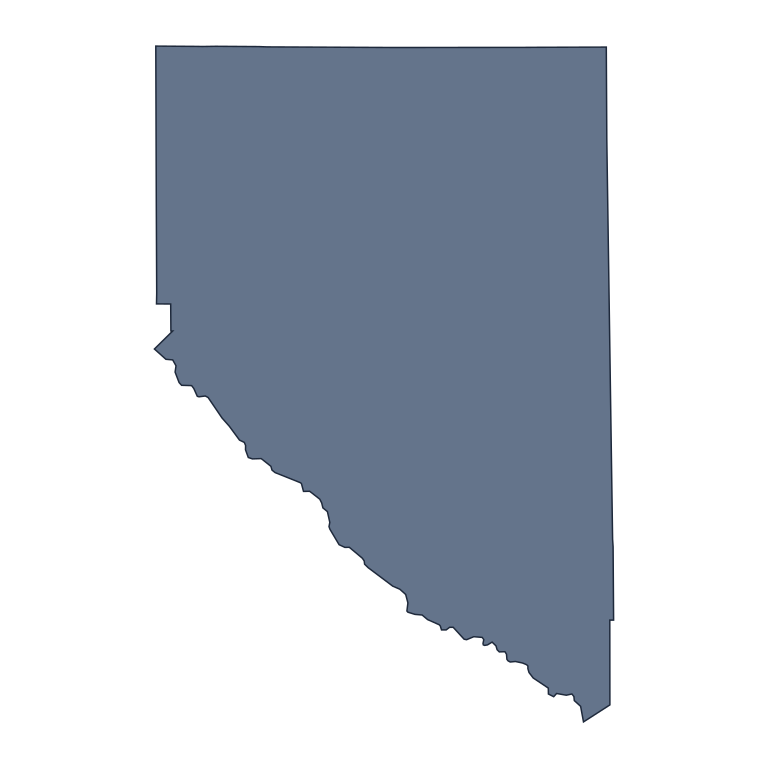 Hudspeth, Texas, United States of America
{"feature_id": "52423323B39607492205238", "entity_name": "Hudspeth", "entity_type": "district", "adm_level": 2, "iso_a3": "USA", "parent_name": "United States of America", "parent_adm1": "Texas", "projection": "albers", "projection_center": [-105.436, 31.316], "detail": "fine", "context": "isolated", "style": "filled", "palette": "slate", "viewbox_px": 768, "rotation_deg": 0, "n_neighbors": 0, "source": "geoboundaries", "source_scale": "gbopen_adm2", "svg_char_len": 1613}
<svg xmlns="http://www.w3.org/2000/svg" viewBox="0 0 768 768"><path d="M609.9,704.9L609.8,620.1L613.6,620.1L613.1,546.8L612.6,539.3L606.8,139.2L606.3,47.1L540.1,47.3L539.4,47.3L523.0,47.4L517.4,47.4L516.8,47.4L510.4,47.4L509.5,47.4L508.0,47.4L409.3,47.5L394.0,47.5L393.4,47.5L393.1,47.5L267.0,46.9L259.0,46.6L215.8,46.3L202.4,46.5L196.4,46.4L155.8,46.1L156.3,204.8L156.7,293.2L156.5,303.9L170.7,304.0L170.9,331.0L172.7,331.0L154.4,349.0L165.9,359.3L172.7,359.9L176.0,365.8L175.1,372.1L179.1,382.6L181.6,385.3L191.6,385.6L193.8,388.5L197.3,396.3L199.0,396.8L205.3,396.0L208.1,397.5L222.1,418.1L229.2,426.1L239.5,440.1L244.3,442.4L245.6,445.5L245.5,449.8L248.3,457.5L252.4,458.9L261.2,458.6L270.9,466.3L272.0,470.1L275.1,472.6L300.6,482.8L301.5,483.8L303.5,491.4L309.7,491.3L319.8,499.2L321.7,503.0L322.9,507.9L327.4,511.6L329.8,522.4L329.0,526.6L329.9,529.2L339.1,544.7L344.9,547.4L349.3,547.3L362.3,558.2L364.2,560.9L364.6,564.2L368.3,567.8L392.8,586.2L399.8,589.2L405.7,594.5L407.9,602.9L406.9,611.0L407.9,612.2L415.0,614.4L422.1,615.0L427.6,619.6L439.3,624.8L440.3,626.0L441.5,629.9L446.2,629.9L449.6,627.3L453.2,627.3L464.1,639.2L466.6,639.7L473.8,636.7L482.2,637.4L483.8,639.6L483.0,643.4L483.3,644.9L484.6,645.4L487.5,644.9L492.1,642.1L496.0,645.9L497.1,649.7L499.3,651.9L504.9,651.7L506.5,654.2L506.9,659.3L508.0,660.8L510.2,662.0L515.4,661.5L522.5,663.0L526.6,664.7L527.9,666.0L527.9,668.7L529.0,672.5L533.2,678.0L548.3,688.1L548.4,694.0L553.7,696.7L556.6,693.5L566.3,695.2L571.9,694.0L573.9,696.5L574.3,700.6L580.6,706.3L583.5,721.9L609.9,704.9Z" fill="#64748b" stroke="#1e293b" stroke-width="1.5"/></svg>